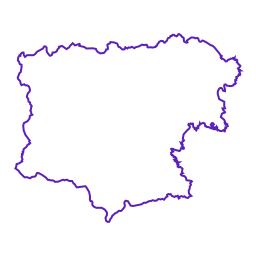 Mandoto, Vakinankaratra, Madagascar
{"feature_id": "10022922B69129581267436", "entity_name": "Mandoto", "entity_type": "district", "adm_level": 2, "iso_a3": "MDG", "parent_name": "Madagascar", "parent_adm1": "Vakinankaratra", "projection": "mercator", "projection_center": [46.306, -19.727], "detail": "fine", "context": "isolated", "style": "outline", "palette": "violet", "viewbox_px": 256, "rotation_deg": 0, "n_neighbors": 0, "source": "geoboundaries", "source_scale": "gbopen_adm2", "svg_char_len": 5751}
<svg xmlns="http://www.w3.org/2000/svg" viewBox="0 0 256 256"><path d="M239.6,69.7L238.7,69.7L237.9,68.4L239.6,67.2L240.4,65.9L239.1,64.5L238.6,64.5L237.8,63.1L236.8,62.3L237.3,60.7L236.9,59.8L236.0,59.6L235.3,60.1L234.3,59.6L234.6,57.7L234.1,58.2L233.1,57.9L232.5,58.7L230.6,58.7L229.3,59.5L228.0,59.8L226.9,61.3L225.6,61.4L224.3,59.7L222.1,58.5L221.6,58.8L220.8,57.9L220.6,57.2L221.6,56.5L221.8,56.0L220.3,55.0L219.3,53.3L214.1,47.0L212.1,45.5L210.9,45.3L205.8,42.0L202.7,40.5L200.7,41.8L199.8,41.7L198.9,40.7L198.2,38.5L197.4,37.9L195.2,38.3L193.8,37.5L191.2,37.5L186.8,40.6L187.5,42.4L186.6,42.7L185.4,42.3L184.0,41.4L183.6,37.7L182.0,36.9L181.3,35.7L179.2,34.1L178.2,34.3L177.5,35.7L176.4,36.3L175.9,35.8L174.7,35.7L174.2,34.9L172.4,34.8L171.7,36.0L170.5,36.0L169.7,37.6L167.9,38.2L167.0,40.5L164.8,42.7L164.0,42.5L163.0,41.1L161.1,40.9L159.0,41.9L158.8,42.7L157.5,44.0L157.0,45.6L155.7,46.2L155.5,47.0L152.2,47.6L150.8,47.2L148.2,47.5L147.3,46.9L147.3,45.5L146.8,44.9L145.9,44.7L144.0,45.2L142.2,44.6L139.1,46.3L135.4,47.3L134.4,48.2L131.9,46.8L130.1,47.7L128.6,47.4L127.3,48.5L125.3,47.3L124.5,49.3L122.4,49.5L119.7,47.1L118.5,46.8L117.2,43.6L114.0,42.4L110.4,42.1L109.9,43.4L108.4,43.9L107.3,45.0L108.0,48.1L107.7,49.3L106.1,49.5L105.6,51.1L103.9,52.9L100.7,53.4L98.7,52.6L96.7,50.9L95.9,48.9L92.7,48.3L86.4,48.5L84.4,47.0L79.4,45.9L79.8,44.6L79.5,43.9L74.9,45.4L72.7,43.2L70.0,45.9L69.2,47.3L66.5,49.1L62.2,46.0L61.3,46.0L60.5,46.7L59.0,46.7L58.7,48.3L57.5,49.4L56.6,51.5L54.4,52.5L52.6,52.5L51.9,54.9L50.2,55.8L49.6,55.5L47.2,52.4L46.6,50.7L46.6,47.7L45.7,46.6L44.8,46.3L44.2,46.5L42.8,48.6L37.1,51.7L35.0,54.2L33.3,55.2L27.0,55.2L25.0,56.9L23.9,55.3L23.5,52.5L22.4,52.6L20.7,53.8L20.4,55.8L19.4,55.4L18.2,57.5L17.9,60.6L18.9,61.5L19.8,64.1L21.5,64.7L21.6,66.9L20.7,72.1L19.5,73.1L17.7,77.6L18.2,79.1L20.1,81.0L20.5,83.1L21.4,85.1L24.4,84.3L25.3,85.3L27.4,85.4L28.8,86.4L29.5,87.8L30.0,90.2L29.4,91.8L28.2,92.9L27.5,94.2L26.8,96.9L28.2,98.9L28.6,101.7L30.1,102.5L30.2,104.3L31.4,105.4L31.7,106.4L31.2,106.9L31.0,109.3L30.3,110.6L31.2,112.1L31.2,113.5L32.3,114.8L29.9,115.8L29.5,118.6L27.5,121.2L23.9,123.1L23.2,125.6L23.7,130.4L25.4,134.8L29.7,140.6L29.2,141.6L30.2,143.0L29.4,143.5L29.3,144.1L28.6,144.1L27.2,145.3L26.7,146.6L23.6,149.2L23.3,151.9L22.7,151.9L22.8,153.3L21.9,153.9L21.9,154.6L22.5,154.9L21.6,156.8L22.5,159.5L21.8,160.5L22.2,161.4L18.9,163.4L16.6,164.1L16.1,167.0L15.4,168.4L18.6,170.7L20.0,172.9L24.5,177.3L26.9,177.2L30.1,178.3L32.0,176.9L34.8,176.6L35.8,175.8L36.8,173.2L38.1,172.9L41.4,174.5L45.6,177.3L48.0,179.9L49.2,179.8L50.7,180.4L52.1,180.3L54.0,180.9L55.1,181.9L58.4,181.6L62.7,179.8L63.5,179.8L64.4,180.3L66.9,179.7L69.3,181.0L72.1,181.0L73.5,183.4L75.0,184.5L75.8,186.3L77.0,187.4L85.3,186.2L86.0,186.7L89.1,191.9L90.0,196.3L89.9,199.7L90.6,201.2L91.5,201.1L92.2,201.6L92.5,202.7L92.2,204.3L92.7,205.5L94.2,206.9L96.3,207.8L101.7,207.8L104.8,209.6L106.7,212.1L107.0,213.2L106.9,215.1L105.5,217.8L106.1,220.7L107.6,221.9L108.9,221.9L109.5,221.3L110.0,219.6L111.6,217.5L112.2,215.9L115.2,213.3L117.2,212.3L118.8,210.8L120.9,211.0L121.7,210.5L124.4,207.3L124.9,205.5L124.3,202.7L125.1,201.2L125.8,200.7L128.0,201.3L130.6,205.6L133.2,206.0L141.5,204.3L144.0,202.7L145.9,202.8L149.0,201.2L151.2,200.9L152.7,200.2L154.7,200.8L156.5,200.6L158.4,199.0L160.8,199.4L162.3,198.8L164.0,199.7L166.2,197.0L167.4,196.5L167.0,194.9L168.3,194.0L169.5,194.4L170.6,194.1L171.9,195.9L174.5,197.0L175.9,196.1L176.6,196.3L177.8,195.8L178.7,198.5L179.4,198.2L179.6,196.8L181.5,196.1L182.9,196.8L184.6,196.3L185.4,197.3L187.9,198.0L189.2,196.6L191.3,195.9L189.0,193.6L188.7,190.6L189.7,188.6L189.8,186.5L191.0,184.8L190.2,183.2L191.9,181.4L191.2,180.9L186.5,180.2L185.9,177.7L184.4,176.1L182.1,175.7L180.8,174.6L181.0,174.0L182.8,173.2L181.9,172.6L182.5,168.7L180.3,166.9L179.0,167.3L177.7,166.7L178.6,164.9L178.1,164.3L177.3,164.5L177.1,163.5L179.1,162.3L176.9,162.2L177.2,160.8L176.9,160.3L175.5,160.7L175.9,161.6L174.7,160.9L174.6,160.1L175.5,160.4L176.2,159.9L175.9,159.1L175.1,159.1L176.3,158.2L175.3,157.0L173.6,157.1L173.3,156.5L173.5,155.8L172.3,154.9L171.7,155.1L171.1,154.0L171.2,152.9L170.6,152.2L171.6,152.6L171.8,152.1L173.2,151.6L171.1,149.0L171.4,148.7L172.8,148.8L174.2,149.6L179.3,151.0L180.1,150.6L181.4,147.7L183.2,148.9L183.8,148.7L183.9,147.7L182.4,146.3L182.7,144.6L182.2,144.3L181.6,144.5L181.0,143.2L182.0,143.8L182.4,141.3L183.4,141.1L184.0,140.4L182.8,138.9L183.6,134.4L187.4,130.0L189.3,128.6L190.0,126.5L188.4,125.0L188.6,124.1L189.4,124.7L190.5,123.5L191.7,124.1L192.3,123.5L192.9,123.6L193.3,127.0L194.3,127.7L194.6,129.0L195.2,129.1L196.2,130.4L196.7,129.6L196.5,127.9L198.3,128.2L198.3,127.1L197.8,126.1L199.5,125.3L199.9,123.2L200.4,124.1L203.0,122.9L204.7,123.5L205.3,126.2L206.0,126.1L206.8,127.1L208.0,126.9L211.2,128.3L211.2,127.2L211.7,126.6L210.8,124.5L211.9,123.1L212.9,123.1L213.9,124.3L212.9,125.3L213.0,128.0L213.5,129.2L215.1,129.2L215.3,128.4L214.7,127.4L215.3,127.2L216.6,128.0L216.8,126.9L217.3,127.6L217.0,129.4L217.5,130.4L218.5,130.0L220.1,131.0L221.8,131.0L223.7,130.0L224.4,131.3L224.8,131.3L225.3,127.7L226.2,128.0L226.5,126.4L227.7,126.1L227.2,124.1L226.2,123.7L225.4,124.4L224.6,122.7L225.2,122.0L224.1,119.7L220.9,117.1L221.8,114.0L222.5,113.3L224.7,112.7L225.1,112.2L222.9,109.6L222.5,108.3L225.0,108.3L224.2,105.9L224.3,101.8L219.2,99.1L217.7,93.8L217.9,91.1L219.2,88.6L220.7,87.8L222.0,88.4L223.1,90.7L225.0,91.2L224.9,89.0L224.1,86.0L224.5,84.6L225.7,84.4L226.8,85.6L230.7,86.2L233.4,85.4L233.6,84.4L235.2,84.0L235.8,83.4L235.2,81.8L235.3,80.0L236.1,80.1L235.9,79.4L236.8,78.4L236.2,77.1L238.0,76.3L238.6,74.7L239.8,75.2L240.2,74.6L240.2,74.0L239.6,73.8L239.8,72.6L239.2,71.5L239.7,71.4L239.6,70.4L240.6,70.4L239.6,69.7Z" fill="none" stroke="#5b21b6" stroke-width="2"/></svg>